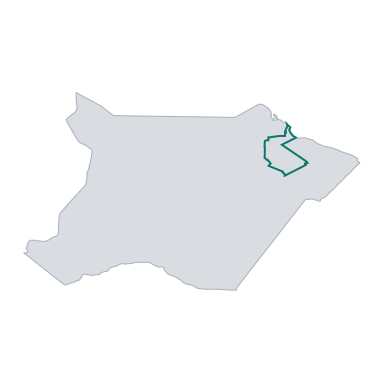 Garsen, Coast, Kenya (highlighted), rotated 271°
{"feature_id": "3690345B81879504162306", "entity_name": "Garsen", "entity_type": "district", "adm_level": 2, "iso_a3": "KEN", "parent_name": "Kenya", "parent_adm1": "Coast", "projection": "equal_earth", "projection_center": [39.873, -2.426], "detail": "medium", "context": "in_parent", "style": "outline", "palette": "teal", "viewbox_px": 384, "rotation_deg": 271, "n_neighbors": 0, "source": "geoboundaries", "source_scale": "gbopen_adm2", "svg_char_len": 4413}
<svg xmlns="http://www.w3.org/2000/svg" viewBox="0 0 384 384"><g transform="rotate(271 192 192)"><path d="M94.7,238.1L94.6,232.5L95.2,218.2L95.1,205.7L95.7,199.4L98.0,195.4L99.0,192.5L99.8,188.5L101.0,185.2L103.7,182.6L104.2,181.1L107.1,176.6L108.8,170.9L110.1,168.9L111.8,167.1L112.9,166.2L114.8,165.2L116.3,164.7L116.6,164.2L116.7,163.3L116.2,159.7L116.8,158.6L117.8,156.2L119.0,154.0L120.0,152.6L120.6,151.1L120.9,148.6L121.0,146.8L120.9,143.9L120.6,137.3L119.4,131.8L118.7,125.6L119.2,123.6L118.3,120.0L117.8,119.8L117.0,119.0L116.0,115.6L115.2,112.5L114.8,111.7L111.5,109.0L109.9,102.6L108.1,101.2L107.1,94.8L106.9,93.0L108.0,86.6L107.9,85.2L106.8,83.8L103.7,82.4L101.2,79.8L101.6,78.9L101.7,78.0L100.4,77.3L96.7,66.5L101.6,59.9L106.5,53.3L112.9,44.9L118.7,37.3L123.8,30.6L128.3,24.7L128.1,25.8L128.2,27.3L128.7,28.3L129.6,28.9L130.9,28.2L132.0,27.3L133.1,27.1L139.8,29.6L141.0,31.7L140.9,34.0L141.2,35.7L140.7,37.4L140.1,42.5L140.2,47.2L142.2,50.6L144.1,53.3L145.5,57.1L146.5,58.3L148.0,58.9L152.6,59.1L159.5,59.3L166.1,59.6L166.7,59.7L168.1,60.2L174.1,65.3L179.7,70.0L184.4,74.1L188.9,78.1L193.4,82.0L196.8,85.2L200.2,86.2L205.7,86.7L209.5,86.8L213.1,88.2L218.3,89.4L222.2,90.1L224.6,90.8L231.1,91.5L232.2,91.1L235.1,87.5L238.3,81.8L239.6,78.6L243.8,75.4L251.2,71.0L256.3,67.9L262.1,64.7L264.7,67.4L268.3,71.8L270.0,73.9L271.3,74.9L273.2,75.5L275.6,75.6L276.9,75.4L279.6,74.9L285.8,74.4L289.4,74.4L286.4,80.2L282.8,87.1L276.2,99.9L271.1,106.6L267.3,111.7L267.0,112.6L267.0,118.3L267.0,132.1L267.1,159.8L267.2,187.5L267.3,215.2L267.3,229.1L267.3,233.7L270.7,239.6L274.0,245.2L278.3,252.8L280.6,256.8L281.0,258.1L280.9,260.8L277.3,266.5L274.4,269.1L270.5,270.3L269.3,270.0L267.7,269.2L267.1,270.6L266.7,272.7L265.8,272.3L265.2,271.6L265.6,275.4L266.0,277.2L265.4,279.7L263.5,281.9L263.3,283.8L259.2,288.6L253.3,289.1L250.3,291.5L248.9,293.5L247.8,297.8L248.2,304.3L246.6,309.4L246.3,311.9L243.3,315.2L241.9,318.3L240.9,321.3L240.1,322.7L239.1,329.5L237.6,333.7L237.3,335.1L236.9,336.3L235.8,338.8L235.1,340.5L234.6,341.6L231.1,352.3L228.3,357.1L226.1,356.5L224.7,358.4L224.5,359.3L223.7,358.8L221.9,357.0L218.2,353.4L214.4,349.8L210.7,346.1L206.9,342.5L203.2,338.9L199.4,335.3L195.7,331.6L192.0,328.0L189.8,325.9L188.8,324.6L188.0,322.1L187.7,321.5L186.7,320.7L185.5,320.5L185.1,320.0L185.2,318.8L185.6,317.1L186.9,313.8L187.1,311.8L186.8,309.6L186.4,306.0L186.0,305.2L183.5,303.3L178.3,299.4L173.1,295.5L167.9,291.6L162.7,287.7L157.5,283.8L152.3,279.9L147.1,276.0L141.9,272.1L136.7,268.2L131.5,264.2L126.3,260.3L121.1,256.4L115.9,252.5L110.7,248.6L105.5,244.7L100.3,240.8L98.3,239.3L96.6,238.1L94.7,238.1ZM267.7,276.1L266.8,276.4L267.3,274.5L270.0,272.1L271.0,272.6L271.3,273.2L271.2,273.7L270.7,274.2L267.7,276.1Z" fill="#d9dde1" stroke="#a8b0b8" stroke-width="1"/><path d="M219.4,268.1L219.1,269.1L214.1,282.1L213.9,282.1L213.9,282.4L213.8,282.5L213.5,282.5L213.3,282.5L213.1,282.7L212.9,282.9L212.7,282.8L212.6,283.1L212.6,283.3L212.3,283.5L212.2,283.7L212.1,283.8L211.8,284.0L211.6,284.3L210.8,284.6L210.4,284.6L210.2,284.5L210.1,284.4L209.9,284.4L220.9,305.1L221.0,305.1L221.0,305.4L221.1,305.5L221.2,305.4L221.3,305.1L221.6,304.9L221.8,304.5L222.2,304.4L222.3,304.4L222.3,305.1L222.5,305.1L222.6,305.3L222.7,305.2L222.8,305.2L223.1,305.7L223.1,305.9L223.3,305.6L223.6,305.8L223.9,305.7L224.1,305.9L224.4,305.9L224.4,306.0L224.5,305.9L231.4,295.4L240.8,281.0L247.8,294.4L248.0,294.7L248.0,294.9L248.2,295.0L248.3,294.9L248.9,293.7L249.8,292.3L249.9,292.1L250.0,292.1L250.8,291.2L251.8,290.4L251.8,290.2L252.1,290.1L252.9,289.5L254.3,288.7L255.4,288.3L256.2,288.2L256.6,288.4L257.1,288.6L257.4,288.9L258.3,289.2L259.2,288.4L259.7,287.5L260.2,286.9L261.4,285.8L259.6,286.2L254.3,284.0L254.2,284.0L254.3,284.1L254.0,284.6L253.8,284.6L253.5,284.8L253.4,285.0L253.2,285.0L253.0,284.9L252.9,284.9L252.8,284.7L252.5,284.7L252.4,284.6L252.2,284.5L252.0,284.2L251.9,284.0L249.6,283.9L249.6,279.0L248.6,272.0L248.5,271.4L248.2,270.9L248.3,270.3L248.0,269.6L248.1,268.6L248.0,267.4L245.2,267.5L245.0,265.9L244.9,265.5L244.6,264.4L244.4,264.1L242.1,263.8L237.8,263.8L237.6,264.1L236.2,264.1L233.9,264.1L227.3,264.0L227.1,264.3L226.7,265.1L226.1,265.7L226.1,265.9L226.0,266.1L225.5,266.5L225.1,266.6L225.1,266.9L225.2,267.0L225.0,267.5L224.8,267.6L224.7,267.8L221.9,270.1L221.5,269.9L221.1,269.5L220.7,269.3L219.9,268.4L219.7,268.3L219.5,268.1L219.4,268.1Z" fill="none" stroke="#0f766e" stroke-width="2"/></g></svg>